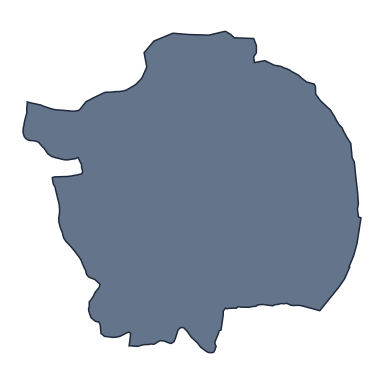 the district of Tamya, Al Fayyum, Egypt
{"feature_id": "37247803B840289217117", "entity_name": "Tamya", "entity_type": "district", "adm_level": 2, "iso_a3": "EGY", "parent_name": "Egypt", "parent_adm1": "Al Fayyum", "projection": "orthographic", "projection_center": [30.955, 29.468], "detail": "fine", "context": "isolated", "style": "filled", "palette": "slate", "viewbox_px": 384, "rotation_deg": 0, "n_neighbors": 0, "source": "geoboundaries", "source_scale": "gbopen_adm2", "svg_char_len": 3571}
<svg xmlns="http://www.w3.org/2000/svg" viewBox="0 0 384 384"><path d="M319.2,310.5L319.8,310.7L331.1,296.7L338.4,287.8L344.6,278.8L349.7,267.1L349.0,266.9L353.6,255.9L357.0,243.6L361.0,217.9L358.5,216.9L357.4,209.0L358.4,203.9L357.8,195.0L357.7,193.6L355.4,173.2L354.8,166.9L354.3,162.1L352.1,157.5L350.9,144.5L350.8,143.5L346.3,136.3L343.8,131.7L342.1,127.8L338.8,124.3L336.3,120.1L334.1,115.8L332.5,113.5L331.6,111.9L330.4,110.0L327.9,107.7L325.9,105.8L320.6,100.8L318.5,98.1L318.1,97.3L316.5,95.4L315.6,93.5L315.6,91.9L315.4,86.4L314.1,84.0L306.5,81.9L302.1,78.5L298.8,75.4L295.6,73.6L291.9,71.7L289.9,70.2L286.7,68.7L284.3,68.0L281.9,66.9L280.3,66.2L274.1,65.2L264.9,60.6L254.4,62.6L253.7,56.7L256.4,52.8L256.4,45.6L253.7,38.5L234.1,37.8L230.8,34.5L225.5,31.3L223.4,31.7L208.5,35.2L207.4,35.1L188.1,34.5L173.0,33.2L172.0,33.6L154.0,41.0L144.1,52.7L146.8,67.1L142.4,76.9L141.5,78.5L138.4,81.8L136.1,84.2L131.5,87.1L129.2,88.4L126.5,90.0L123.7,90.9L120.2,91.4L119.5,91.5L118.2,91.5L115.8,91.6L113.8,91.8L111.9,92.1L111.4,92.1L107.5,92.2L105.2,92.3L101.3,94.0L99.7,94.9L97.8,95.7L96.2,96.5L92.7,98.2L90.4,99.5L86.1,101.6L80.7,108.4L79.6,109.7L78.1,110.6L74.9,111.1L74.1,111.1L71.8,111.2L69.0,110.8L55.1,109.7L51.1,108.7L44.3,106.5L40.7,105.0L29.6,102.6L27.2,101.9L27.2,103.9L26.9,106.7L26.7,110.2L26.8,113.0L25.3,118.2L24.3,122.5L24.0,124.9L23.3,127.7L23.0,132.1L23.1,132.9L23.5,134.0L23.9,135.6L24.4,136.8L26.0,138.7L28.5,140.2L30.0,140.5L34.0,140.8L38.0,141.9L39.2,143.0L42.5,146.8L44.2,148.4L46.7,152.2L47.9,153.8L51.5,156.4L54.7,157.5L63.5,159.6L65.9,159.9L67.5,159.9L73.8,158.9L75.4,158.8L76.9,158.0L78.1,157.6L79.0,159.5L81.5,164.6L81.6,167.7L82.5,170.5L82.5,172.4L81.4,174.0L80.2,174.1L77.1,175.0L73.5,175.5L71.2,176.0L67.2,176.5L60.1,176.7L54.2,176.9L52.3,177.7L52.8,181.3L53.3,184.0L55.3,187.5L55.4,189.1L55.8,190.7L57.7,198.5L58.8,202.8L59.1,203.6L59.6,209.5L59.4,213.9L58.7,218.2L58.9,222.2L60.7,228.8L62.0,231.5L63.3,236.6L63.8,238.2L65.8,241.3L69.5,245.1L70.4,246.1L71.6,247.4L74.1,250.5L78.6,256.3L79.9,258.2L81.1,260.2L82.0,262.5L82.4,263.7L84.1,267.6L85.8,270.7L85.9,271.9L86.3,273.8L87.6,275.8L89.2,277.3L94.8,279.5L100.1,284.4L99.0,287.6L95.6,291.7L94.5,293.7L93.4,296.1L91.1,299.7L90.4,300.6L89.2,301.8L89.3,305.4L89.0,307.7L88.6,308.1L88.7,310.9L90.9,317.5L93.0,319.4L95.4,321.3L97.0,321.7L99.0,322.0L100.1,324.9L100.3,325.5L100.4,327.1L100.9,332.6L101.0,333.4L104.6,336.4L107.8,336.7L112.6,337.4L116.1,337.2L118.1,336.8L120.0,336.3L124.3,334.2L126.3,333.0L128.6,332.1L130.6,333.2L130.3,336.8L129.1,345.9L131.4,345.8L133.8,346.2L135.0,346.1L136.2,346.3L137.4,346.4L138.9,346.0L143.6,344.7L148.4,344.5L151.1,344.0L153.9,344.3L160.1,340.6L162.5,340.9L163.7,340.9L167.3,342.3L169.3,343.0L170.5,343.4L171.3,343.4L173.5,342.0L174.0,341.7L175.5,338.1L178.0,330.1L179.9,328.1L181.4,327.6L182.4,327.6L183.4,327.6L186.3,330.3L187.5,331.8L191.3,337.2L192.9,338.7L197.4,342.9L200.7,347.2L204.7,350.2L206.8,351.7L208.4,352.5L211.5,352.7L213.5,352.3L215.0,349.9L215.5,348.1L216.1,346.3L215.2,344.3L214.8,342.4L216.2,338.8L218.4,333.6L219.1,330.8L221.1,329.9L223.0,316.4L223.3,314.8L223.2,311.3L225.5,308.1L227.1,308.8L229.0,308.3L233.4,308.2L236.6,308.1L237.7,306.9L240.1,306.8L240.9,307.2L249.2,307.3L251.1,306.8L253.9,306.4L255.9,306.3L257.4,305.1L260.2,304.6L263.7,304.5L267.3,305.1L271.4,305.6L272.9,305.8L274.4,304.9L276.0,304.5L278.0,304.4L281.1,303.5L283.9,303.8L286.2,303.4L287.0,303.3L287.4,303.7L290.2,304.8L290.6,305.2L293.8,305.5L298.2,305.3L301.0,305.6L311.5,308.4L318.0,310.2L319.2,310.5Z" fill="#64748b" stroke="#1e293b" stroke-width="1.5"/></svg>